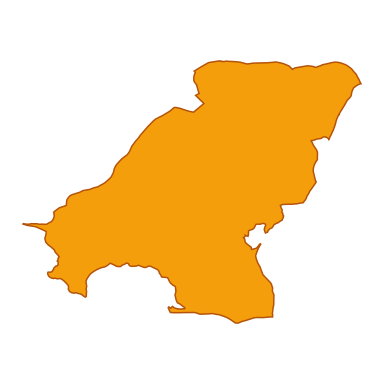 the district of Papiu Ilarian, Mures, Romania
{"feature_id": "2599482B30644499185341", "entity_name": "Papiu Ilarian", "entity_type": "district", "adm_level": 2, "iso_a3": "ROU", "parent_name": "Romania", "parent_adm1": "Mures", "projection": "equal_earth", "projection_center": [24.217, 46.568], "detail": "fine", "context": "isolated", "style": "filled", "palette": "amber", "viewbox_px": 384, "rotation_deg": 0, "n_neighbors": 0, "source": "geoboundaries", "source_scale": "gbopen_adm2", "svg_char_len": 5915}
<svg xmlns="http://www.w3.org/2000/svg" viewBox="0 0 384 384"><path d="M170.4,312.5L173.4,312.7L180.6,312.7L182.6,312.6L194.4,312.5L196.3,312.9L199.2,314.0L201.2,314.2L209.8,313.8L211.3,313.6L213.2,313.7L217.1,314.5L218.8,314.6L223.8,316.3L226.6,317.4L228.5,318.4L230.8,319.8L234.6,322.5L235.5,323.0L238.0,323.1L241.1,321.9L242.6,321.2L244.7,320.8L252.3,318.4L253.6,317.9L254.8,317.7L256.8,317.5L262.9,317.6L270.6,316.9L272.5,317.0L272.7,315.6L272.4,313.3L273.2,307.1L273.7,305.1L273.8,300.9L273.9,294.7L272.5,291.5L272.4,290.9L272.6,288.4L272.5,287.5L271.3,284.0L270.6,282.8L262.9,274.7L260.0,266.9L257.7,262.8L256.2,258.6L255.7,256.1L255.7,255.5L255.9,254.8L257.5,250.3L258.6,247.9L260.7,244.1L260.2,243.8L259.7,244.2L257.8,246.7L256.4,248.2L251.5,249.5L251.2,247.9L251.3,247.3L247.4,244.3L245.8,242.9L245.2,242.0L244.8,239.6L244.4,238.4L243.5,237.8L245.5,236.0L245.3,235.3L246.9,236.0L248.0,236.3L248.4,234.6L248.6,230.9L249.7,230.2L251.6,229.7L253.4,228.8L254.5,227.4L255.4,225.4L256.2,224.2L260.4,224.2L262.0,223.6L263.0,223.4L265.1,223.9L265.6,225.0L265.5,225.9L265.0,226.7L264.2,229.5L265.4,233.0L267.5,232.2L268.3,230.3L270.2,228.6L272.1,227.8L273.4,225.8L273.5,225.4L273.9,224.8L276.3,223.4L278.0,222.8L279.9,221.4L282.2,220.0L282.3,219.7L282.6,218.6L283.0,218.2L283.2,217.7L283.6,215.9L283.1,215.7L282.7,213.2L282.0,212.5L282.0,211.3L282.2,209.9L281.3,208.2L280.3,205.4L282.2,204.6L283.6,204.4L288.8,204.2L291.8,204.3L294.4,203.9L296.4,203.9L301.4,202.9L303.0,202.8L304.8,200.6L305.9,199.0L306.5,197.8L307.0,196.0L308.2,194.3L310.1,190.6L311.2,189.3L315.4,183.3L316.0,182.3L316.1,182.0L316.1,181.5L315.5,180.9L313.4,172.0L313.2,170.4L313.3,168.8L314.0,165.7L315.5,162.4L316.6,160.7L317.2,160.0L317.4,159.5L317.3,157.0L317.5,155.1L317.4,152.1L316.5,149.8L313.9,146.0L313.3,145.0L312.1,142.4L311.1,140.9L311.3,140.6L313.6,140.3L317.0,139.0L320.5,138.6L321.4,138.2L322.9,137.2L323.8,136.9L324.9,136.9L326.4,137.3L327.6,137.9L328.7,139.1L328.8,139.6L329.1,139.4L329.9,137.0L331.3,134.3L332.6,131.4L333.3,130.2L333.9,128.3L334.5,126.9L335.9,122.3L335.8,121.9L336.9,118.7L338.8,114.6L339.2,114.7L339.3,114.5L339.4,114.2L339.3,113.6L344.5,105.2L346.9,100.9L347.9,99.6L349.5,98.1L350.9,96.2L351.3,95.2L351.6,93.0L352.2,90.9L353.5,88.0L356.0,86.0L357.9,84.8L358.8,84.3L361.0,83.7L360.2,82.3L359.1,79.8L357.2,76.4L356.2,74.3L353.8,71.7L351.6,68.9L347.8,66.0L345.6,64.7L340.4,62.8L337.0,62.2L335.7,62.1L333.6,62.3L330.0,63.0L328.8,63.4L323.1,64.6L322.4,64.8L320.6,65.7L317.7,66.6L315.9,67.4L315.4,67.4L314.0,66.7L311.7,66.2L307.4,65.8L295.4,67.8L292.8,68.9L292.4,69.4L289.9,66.8L288.9,65.9L283.0,63.5L280.9,63.0L276.6,62.1L275.5,62.0L274.3,62.2L266.9,62.8L253.7,63.1L251.0,63.4L249.0,63.8L247.5,63.9L246.7,63.9L240.2,62.2L236.0,61.7L227.7,61.3L226.3,61.1L224.4,61.5L222.9,61.5L221.7,61.5L221.3,61.3L221.1,61.0L219.4,61.2L219.3,60.9L209.6,62.4L208.2,62.8L201.0,66.9L194.2,71.1L194.6,71.6L195.3,72.5L194.0,75.7L193.8,78.4L193.8,80.3L194.1,81.4L196.5,84.9L196.7,84.4L196.8,85.7L198.1,90.4L198.6,92.2L199.2,93.5L195.6,95.4L203.9,103.5L193.5,112.2L188.8,111.2L183.7,109.6L180.3,108.4L175.5,107.4L175.0,107.4L173.7,107.8L173.0,108.5L169.8,111.2L162.8,115.4L155.7,119.0L153.4,120.9L148.1,126.3L140.6,134.9L138.0,138.5L135.6,141.1L134.0,143.4L131.9,146.1L129.8,150.9L129.0,152.3L127.3,154.6L126.6,155.3L125.9,155.7L122.0,158.7L120.2,160.5L117.0,164.1L115.9,165.5L114.9,167.4L114.1,169.2L113.8,170.9L113.1,173.3L112.5,174.4L111.2,176.8L110.1,178.1L106.4,181.5L104.8,182.8L102.0,184.5L99.8,185.6L97.8,186.9L95.7,187.3L93.0,188.1L90.1,189.3L82.9,190.6L80.1,192.1L77.1,193.1L74.7,193.8L71.3,195.0L69.7,196.0L68.1,198.0L67.2,199.3L66.9,200.1L66.6,201.4L66.4,204.6L66.2,205.4L65.4,205.8L59.5,207.7L54.9,211.1L53.9,212.0L54.1,212.1L53.9,213.1L54.2,216.1L54.0,217.4L52.8,220.0L51.1,221.9L49.5,222.5L47.2,223.9L46.4,224.2L45.7,224.3L41.9,224.1L39.8,224.3L37.1,223.8L36.1,223.7L35.1,223.8L31.3,223.7L29.5,224.1L27.3,224.2L25.7,224.1L23.5,223.6L23.1,223.8L23.0,224.1L27.0,225.3L35.9,226.8L41.5,229.3L45.8,231.3L46.2,231.7L46.2,232.3L45.8,235.4L45.0,237.6L44.9,238.9L45.5,240.9L45.7,242.1L48.1,244.8L50.7,246.7L54.3,249.9L55.2,252.1L59.1,256.5L58.8,256.9L58.8,257.5L58.6,257.7L58.3,257.8L58.1,258.5L58.2,259.6L58.0,259.9L57.7,260.1L57.3,260.9L57.3,261.3L58.1,261.8L58.1,264.5L57.8,265.1L57.1,266.0L56.1,265.9L54.7,267.2L54.0,267.9L53.7,268.5L53.5,269.1L53.5,269.6L52.9,270.1L52.7,270.3L52.6,270.8L51.7,271.8L50.2,272.2L48.1,272.1L47.8,272.6L47.7,273.7L47.8,274.0L48.2,275.3L49.3,276.8L51.7,278.2L52.5,278.2L53.2,278.5L53.7,278.5L54.5,278.2L54.9,278.3L55.5,278.2L56.3,278.6L57.4,278.8L60.3,278.6L60.8,278.7L61.7,279.2L62.0,279.5L62.8,280.0L64.2,281.1L65.5,282.5L66.3,283.2L68.3,285.6L68.4,286.2L68.5,288.1L68.3,288.5L68.3,288.9L69.1,290.8L69.6,291.5L70.1,291.8L71.9,292.8L72.6,293.0L74.8,293.1L76.1,292.6L77.5,293.3L78.6,293.6L80.2,293.8L82.0,294.7L82.6,295.4L85.2,297.1L85.8,297.0L86.3,296.1L86.4,293.1L86.6,291.5L86.2,289.4L86.2,288.4L86.7,286.3L86.1,282.7L86.1,280.8L87.1,278.6L89.4,275.1L90.8,273.6L93.5,271.6L97.2,269.4L100.5,268.0L102.3,267.4L104.1,267.1L106.2,266.2L107.4,265.4L110.3,263.2L115.6,265.7L116.1,266.2L118.8,266.6L120.1,266.6L120.9,266.3L121.6,265.8L122.0,265.3L122.8,264.9L124.9,264.1L126.5,263.1L128.1,263.5L128.7,264.0L128.9,264.8L129.5,265.6L131.0,266.3L136.2,266.1L138.4,265.3L138.8,265.3L139.5,265.7L143.8,267.3L145.1,267.5L145.9,267.4L148.7,266.1L149.8,266.1L150.6,266.2L153.4,267.7L155.5,268.6L157.3,269.5L158.0,270.0L159.0,271.5L159.4,273.2L160.8,275.0L161.2,275.8L161.3,276.5L162.0,277.2L164.0,277.2L167.6,277.7L167.8,277.9L169.2,281.0L170.5,283.1L171.6,283.9L172.4,284.9L175.0,286.3L175.4,286.8L175.9,291.0L175.8,292.1L175.0,295.0L176.2,300.1L177.4,302.7L178.5,303.4L179.8,303.9L183.3,306.7L184.6,307.5L184.8,308.1L184.8,308.7L180.2,309.1L177.6,308.8L174.9,308.1L173.7,307.5L172.5,306.4L170.8,308.2L168.9,306.9L168.2,307.7L169.2,310.2L170.4,312.5Z" fill="#f59e0b" stroke="#b45309" stroke-width="1.5"/></svg>